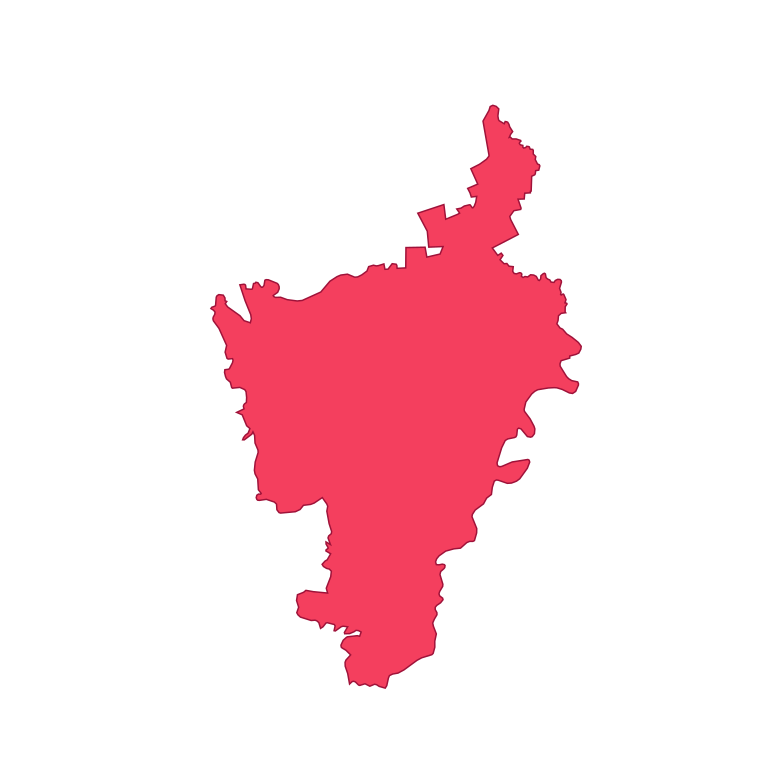 outline of Tam Duong, Vĩnh Phúc, Vietnam, rotated 196°
{"feature_id": "81297802B22502411355715", "entity_name": "Tam Duong", "entity_type": "district", "adm_level": 2, "iso_a3": "VNM", "parent_name": "Vietnam", "parent_adm1": "Vĩnh Phúc", "projection": "robinson", "projection_center": [105.552, 21.36], "detail": "fine", "context": "isolated", "style": "filled", "palette": "rose", "viewbox_px": 768, "rotation_deg": 196, "n_neighbors": 0, "source": "geoboundaries", "source_scale": "gbopen_adm2", "svg_char_len": 6157}
<svg xmlns="http://www.w3.org/2000/svg" viewBox="0 0 768 768"><g transform="rotate(196 384 384)"><path d="M558.0,392.0L545.9,377.7L545.5,370.8L542.0,365.4L540.7,365.0L536.6,366.6L535.7,365.3L535.5,362.7L536.8,356.3L537.4,355.4L540.9,353.9L540.5,351.2L538.4,347.5L536.8,345.5L532.2,343.3L529.5,338.7L528.6,338.2L521.6,341.0L516.3,340.2L514.5,338.6L512.3,333.1L511.2,328.3L512.6,326.5L513.1,325.0L513.0,323.7L511.7,321.5L517.8,316.1L511.8,315.3L504.5,306.0L500.6,304.2L501.1,299.3L503.1,296.7L504.3,293.7L504.5,291.4L502.9,291.8L497.2,299.4L496.8,301.9L494.2,298.9L491.7,291.7L487.0,285.9L486.1,283.5L486.3,273.5L484.8,265.3L483.2,262.1L479.2,257.9L475.6,247.7L471.9,245.0L472.2,244.1L474.3,243.6L475.6,242.0L475.5,239.5L474.4,238.0L473.4,237.5L471.7,237.8L465.3,240.7L456.8,240.3L454.2,238.9L452.3,233.6L449.5,231.5L447.9,231.4L434.0,236.8L430.1,240.2L428.0,245.2L421.4,248.0L418.3,250.3L412.0,257.8L406.0,253.0L404.4,251.0L403.9,246.0L398.3,234.7L393.7,227.8L393.4,225.6L395.3,222.7L395.4,220.6L391.2,214.9L396.2,216.2L395.6,214.2L392.8,211.5L392.5,210.6L394.0,208.5L393.8,207.5L388.5,206.1L390.1,199.4L391.9,197.5L393.8,193.6L391.9,191.9L388.4,190.9L385.5,191.0L383.0,189.5L382.1,184.1L383.2,171.8L380.6,167.5L394.6,164.9L402.2,164.1L403.9,161.6L409.1,157.6L408.4,151.8L404.5,145.9L404.8,140.1L403.1,138.4L400.1,136.9L388.8,136.6L385.3,137.9L383.5,137.9L380.9,136.7L377.6,131.6L375.7,133.8L373.9,138.2L372.8,138.9L365.5,139.1L364.3,138.0L364.0,133.1L362.7,133.2L358.2,138.9L356.6,139.9L352.0,140.6L353.6,134.2L352.9,133.1L348.2,134.6L344.4,137.7L343.0,139.5L340.6,139.9L337.6,139.3L337.9,134.8L340.3,134.7L349.5,130.9L350.3,130.1L352.6,126.4L353.4,121.1L352.6,119.3L351.5,118.7L347.3,117.6L341.4,114.4L344.5,108.1L344.7,105.7L343.5,102.0L339.1,95.7L334.4,86.1L332.7,89.0L331.6,89.8L329.5,89.8L325.5,87.6L324.2,87.6L319.6,90.6L314.3,89.6L310.3,92.8L308.3,92.9L305.3,92.0L299.0,92.0L298.2,94.8L298.7,102.6L298.4,105.2L295.7,107.6L290.8,110.0L286.0,114.7L276.1,127.5L272.3,131.2L263.4,137.0L262.5,138.6L262.6,145.0L264.3,150.8L264.8,158.2L269.7,164.7L271.3,167.7L270.8,171.7L269.5,176.8L270.1,178.8L272.6,181.3L273.2,183.5L272.3,185.7L269.3,189.3L267.8,192.9L268.6,194.3L272.1,195.7L273.3,197.4L273.3,199.8L271.8,205.6L272.2,207.7L277.7,216.3L277.8,219.4L275.5,223.0L275.0,224.3L275.3,226.4L276.2,227.0L278.3,226.9L281.4,225.3L283.9,224.8L285.4,227.2L285.2,230.5L283.7,234.0L278.6,240.4L271.4,244.8L265.2,247.3L260.7,254.4L258.3,256.3L255.2,257.2L253.9,258.4L253.9,266.4L255.0,270.6L262.8,280.6L263.1,283.0L261.6,288.0L255.3,296.2L253.9,302.6L250.3,307.4L251.4,314.6L251.2,321.1L249.4,322.8L247.3,323.0L238.1,322.5L234.2,323.9L231.7,325.7L229.8,327.2L227.4,330.3L223.0,342.5L222.4,349.1L223.5,350.8L224.9,351.1L239.3,344.4L248.0,337.3L249.8,336.4L251.6,336.5L252.6,337.2L253.6,339.4L253.3,355.2L251.9,363.1L249.9,365.3L243.8,368.5L242.6,369.6L242.3,371.5L243.3,377.1L242.9,378.1L242.3,378.7L239.9,378.6L231.7,373.0L228.4,373.3L227.0,374.3L225.7,377.7L226.6,382.4L228.2,384.8L233.9,390.7L241.5,396.5L242.3,398.2L242.7,405.8L239.3,415.1L237.0,418.6L234.6,420.9L224.9,425.5L219.4,427.4L216.7,428.0L211.1,427.9L203.4,426.5L200.1,426.9L197.7,429.7L196.8,436.5L197.2,438.0L198.4,439.4L204.5,439.0L208.0,440.0L210.6,441.5L219.5,449.6L220.4,451.8L220.2,455.2L212.6,460.1L213.2,462.1L207.9,465.2L205.3,467.4L204.4,471.7L204.8,474.6L208.6,477.5L215.9,480.6L222.2,482.5L227.4,485.9L230.3,486.4L234.4,489.5L234.2,493.1L235.1,497.7L233.1,500.8L229.0,502.6L229.8,503.3L231.1,508.2L230.1,511.4L230.7,512.0L232.4,511.9L232.3,515.3L235.8,519.6L236.6,519.9L238.2,518.4L238.9,518.7L239.1,521.0L241.6,524.3L241.5,530.9L242.1,532.2L243.6,533.0L245.9,532.5L247.9,530.7L248.6,528.5L251.5,528.0L253.3,529.7L255.6,530.0L257.5,530.9L259.2,534.3L260.2,534.7L261.3,534.0L263.0,531.4L262.4,528.2L263.2,526.3L264.2,526.3L267.3,529.4L270.1,530.0L273.2,529.4L275.4,526.5L278.1,526.2L279.7,524.7L281.6,525.4L281.7,527.3L282.3,528.2L283.3,528.5L284.5,528.3L287.0,526.4L289.3,526.1L291.3,527.7L292.1,532.4L296.3,531.7L299.1,533.7L301.7,532.7L306.7,535.4L305.1,540.4L307.4,542.1L310.1,539.0L317.4,544.6L296.1,564.8L307.5,576.9L309.3,579.7L306.9,586.4L300.7,589.5L300.7,590.8L306.1,598.6L300.2,600.5L301.3,606.2L296.0,608.1L296.4,609.6L295.7,610.0L299.3,624.4L296.8,626.6L296.5,627.7L297.0,630.9L294.2,632.2L294.3,636.6L295.2,637.6L297.1,637.8L300.5,641.5L300.8,644.5L303.9,646.2L304.9,649.7L305.7,650.5L308.2,650.0L309.7,652.0L310.6,652.1L312.4,651.8L312.9,650.4L314.7,649.3L315.7,649.8L316.3,651.6L318.9,651.5L320.2,652.5L320.2,653.6L319.3,655.2L319.8,655.8L324.5,656.0L328.3,654.9L330.7,656.2L331.6,655.6L331.1,658.9L329.9,662.1L334.1,665.9L335.4,668.0L337.2,669.7L338.3,669.9L339.9,669.7L340.2,667.3L345.8,668.8L346.8,669.7L348.4,673.0L349.5,680.1L352.7,681.8L356.2,681.9L358.4,680.0L358.5,675.8L361.3,664.0L346.1,632.8L346.0,631.8L347.4,628.3L352.8,621.5L359.9,614.9L349.0,602.0L357.5,595.1L354.0,591.4L351.6,587.8L346.6,589.9L345.9,583.9L346.3,579.7L347.0,578.0L347.7,577.7L350.5,579.9L351.3,579.8L355.9,577.2L358.4,574.3L362.3,572.3L358.4,569.1L360.1,567.3L370.1,559.4L375.9,573.0L398.6,557.5L384.5,542.8L378.7,527.9L365.1,532.4L365.9,524.4L377.8,517.8L382.2,526.8L400.5,521.2L395.1,501.6L403.3,498.8L404.3,501.5L405.3,502.5L409.3,501.9L411.8,495.5L414.7,494.5L417.2,499.4L422.1,496.2L423.9,495.4L426.9,495.3L431.1,492.6L431.5,487.9L435.4,482.8L438.8,479.7L441.5,478.6L449.4,479.5L455.6,476.8L458.8,474.2L464.3,467.9L470.1,455.0L485.6,441.8L490.3,439.9L497.5,438.8L500.3,438.4L507.3,438.9L512.3,437.3L514.2,437.7L514.9,438.5L511.5,442.8L511.0,446.6L511.6,448.6L513.0,450.5L514.5,451.3L523.9,452.3L526.1,451.8L527.1,450.9L526.5,445.6L527.4,443.6L528.4,443.2L529.7,443.9L533.1,446.6L535.2,446.5L535.5,445.5L537.1,444.6L536.8,440.1L536.8,439.1L537.6,438.5L542.8,437.4L544.3,440.8L545.1,441.3L546.2,441.3L549.9,439.6L540.5,425.8L531.2,413.9L529.5,410.1L529.4,406.0L536.0,406.3L541.2,409.9L555.6,415.0L558.7,417.4L557.9,420.0L559.7,420.2L560.6,422.9L563.0,425.1L567.4,424.4L568.8,422.9L569.2,421.3L567.6,413.2L567.9,412.3L570.7,410.3L571.2,408.8L568.1,407.9L566.2,406.5L565.9,404.3L566.6,401.1L566.4,399.4L565.4,397.7L558.0,392.0Z" fill="#f43f5e" stroke="#9f1239" stroke-width="1.5"/></g></svg>